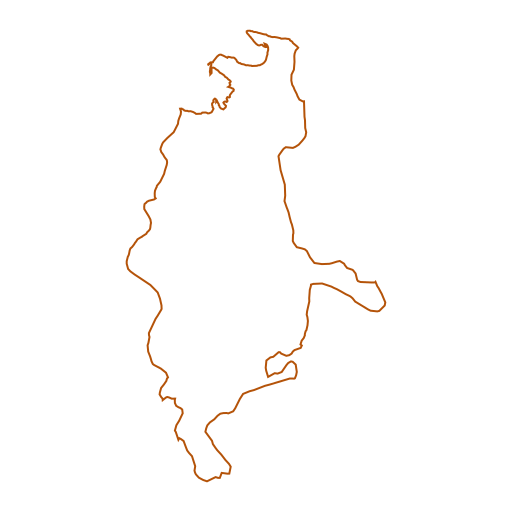 Abshaway, Al Fayyum, Egypt
{"feature_id": "37247803B9213477235230", "entity_name": "Abshaway", "entity_type": "district", "adm_level": 2, "iso_a3": "EGY", "parent_name": "Egypt", "parent_adm1": "Al Fayyum", "projection": "equal_earth", "projection_center": [30.701, 29.374], "detail": "fine", "context": "isolated", "style": "outline", "palette": "amber", "viewbox_px": 512, "rotation_deg": 0, "n_neighbors": 0, "source": "geoboundaries", "source_scale": "gbopen_adm2", "svg_char_len": 5958}
<svg xmlns="http://www.w3.org/2000/svg" viewBox="0 0 512 512"><path d="M298.2,47.7L296.9,46.3L293.0,43.1L292.2,41.7L290.0,40.3L289.6,39.3L288.3,38.9L287.5,38.9L285.4,38.5L281.2,38.7L280.4,38.2L277.0,37.4L274.5,37.0L272.4,37.1L270.7,36.7L269.8,36.2L269.0,36.3L267.3,35.4L266.0,34.4L265.2,34.5L263.1,34.1L260.1,33.2L258.0,32.8L257.2,32.4L255.5,32.0L254.2,32.0L253.0,31.6L252.1,31.1L250.9,31.2L250.0,30.7L247.5,30.8L246.7,31.3L246.7,32.3L247.2,33.3L249.3,35.6L249.8,36.5L250.6,37.0L251.1,37.9L252.8,39.8L253.7,41.2L256.3,44.0L257.1,44.5L257.6,45.0L258.8,45.4L259.7,45.4L260.9,44.8L262.2,44.8L263.5,46.2L264.3,46.6L265.6,47.1L266.4,47.0L266.0,45.6L265.1,45.2L264.6,43.7L265.9,44.2L266.7,44.6L267.6,46.0L268.1,47.5L268.2,49.9L267.4,52.8L267.5,54.3L266.7,56.7L266.0,59.7L265.2,61.2L264.0,62.7L262.7,63.7L261.9,64.2L260.7,64.7L259.9,65.2L258.2,65.3L256.9,65.8L251.9,66.0L251.1,65.6L249.8,65.6L247.7,65.2L246.1,65.3L243.9,64.4L241.4,64.0L240.1,63.1L239.3,63.2L238.4,62.7L238.0,62.2L237.2,61.8L236.3,59.9L234.5,58.0L233.7,57.6L231.6,57.6L230.3,57.2L228.2,56.8L227.4,57.8L223.2,55.6L221.9,55.1L221.1,54.7L219.8,54.7L218.6,55.2L218.2,55.7L217.3,56.3L213.3,61.3L212.9,62.3L210.4,62.4L209.5,63.3L208.4,63.9L208.0,65.4L208.8,64.4L209.7,63.5L210.9,63.3L211.3,63.8L211.3,65.2L210.6,66.7L210.2,68.7L210.2,69.6L209.9,71.1L209.9,72.1L210.3,73.5L210.3,74.4L211.6,73.0L211.5,69.1L211.8,67.6L213.1,67.6L214.4,68.0L215.6,68.9L216.1,69.4L217.8,70.3L219.9,72.7L221.6,73.6L224.2,75.4L225.1,76.8L226.8,77.7L228.5,79.6L229.4,80.0L230.7,81.4L230.3,82.4L229.5,82.9L229.9,84.4L230.3,84.9L229.1,86.4L228.3,86.9L230.9,87.7L231.7,88.2L233.0,88.6L233.8,89.6L233.5,91.0L232.6,91.5L230.2,94.6L229.8,95.4L229.9,97.0L229.1,97.5L227.4,97.1L227.0,97.6L226.6,98.6L227.0,99.5L227.5,101.0L226.7,102.0L225.4,101.5L224.6,101.6L223.8,102.1L223.4,102.6L223.8,103.5L226.0,105.9L225.6,107.4L224.4,108.4L223.4,109.4L221.0,108.5L219.7,107.1L219.3,105.7L218.8,105.2L218.8,104.2L217.9,102.8L217.0,100.9L216.2,101.9L216.2,100.5L215.7,99.0L214.9,98.6L213.7,99.6L213.3,100.6L213.7,102.0L212.9,102.5L212.1,103.5L212.1,105.0L212.6,106.4L212.6,107.4L213.1,107.9L213.5,108.8L211.9,111.8L211.5,112.3L209.1,113.3L207.8,113.4L207.0,112.9L205.7,112.5L202.3,112.6L201.1,113.7L196.1,113.9L194.8,112.9L193.1,112.0L190.6,111.2L188.5,111.3L187.2,110.8L186.0,110.9L184.3,110.5L183.4,109.5L182.2,109.1L181.7,108.6L180.1,108.7L181.0,111.6L180.7,114.5L179.1,118.4L178.3,120.9L178.0,123.8L173.7,132.2L167.2,138.1L163.1,142.4L162.3,143.8L160.8,147.8L160.4,149.3L161.3,152.1L163.1,154.5L164.4,156.9L165.7,158.7L166.6,159.7L167.0,161.1L167.1,162.6L166.7,165.0L164.8,170.9L164.1,173.9L160.2,181.8L156.9,185.8L156.6,187.3L156.2,187.8L155.0,190.7L154.7,193.2L154.8,197.0L155.7,198.4L154.0,199.5L149.0,200.7L147.0,201.7L146.2,202.7L144.9,203.7L144.5,204.2L144.2,206.7L144.3,209.1L148.7,216.2L150.4,219.5L151.0,222.9L150.6,224.9L150.3,227.8L149.9,229.3L148.7,230.8L147.1,232.3L146.3,233.8L142.2,236.4L141.8,236.9L140.6,237.4L137.5,239.3L136.1,241.5L134.9,243.0L134.1,244.4L132.1,247.0L130.4,248.5L129.7,250.4L129.0,254.0L128.6,255.3L127.8,256.8L126.7,261.2L126.7,263.7L128.1,268.9L130.3,271.3L134.6,274.5L138.9,277.3L150.4,285.0L155.5,290.2L157.7,292.5L160.0,298.7L161.5,305.5L161.6,308.9L161.2,309.8L157.6,315.8L155.6,318.8L148.9,333.1L149.0,335.1L149.5,337.0L148.4,342.9L147.6,345.3L148.2,351.6L150.1,356.4L151.0,359.3L151.5,361.2L152.8,364.0L154.1,365.0L160.9,368.6L166.0,372.7L168.0,377.4L167.0,378.5L166.3,381.0L163.9,384.5L161.1,388.0L159.9,392.4L159.6,394.4L161.3,397.2L162.6,398.6L162.7,400.1L166.0,397.5L167.2,397.0L168.9,397.4L171.8,398.7L175.1,398.6L174.8,400.0L174.9,403.0L176.2,405.8L178.4,407.2L180.5,408.1L182.2,409.5L182.7,413.3L179.2,420.7L176.4,425.2L174.9,430.6L175.8,432.0L178.4,439.8L179.3,438.2L181.0,439.1L183.6,441.0L185.9,447.2L187.2,450.5L189.0,452.9L192.0,456.2L195.2,466.2L194.5,470.6L195.0,472.5L195.9,474.4L198.9,477.7L203.2,480.0L207.0,481.3L215.6,477.1L218.1,477.9L219.8,477.9L221.7,472.9L227.6,473.7L229.3,473.6L230.7,466.7L229.0,463.9L225.5,460.1L221.2,454.5L217.3,450.3L215.5,447.9L212.9,444.1L212.0,440.8L205.4,431.8L206.2,428.4L207.3,425.4L209.9,422.4L214.3,419.3L217.5,415.8L220.3,413.7L223.3,413.1L226.6,413.0L228.3,413.4L233.2,411.3L235.2,408.3L239.9,398.9L243.1,393.9L249.7,391.2L253.9,390.1L265.0,385.8L269.6,384.6L289.9,378.5L294.3,378.6L294.9,378.3L296.1,375.3L296.8,371.9L295.7,364.6L292.7,361.8L291.0,361.4L288.2,363.0L286.5,365.0L281.7,372.0L277.6,373.6L274.7,373.2L268.1,376.9L266.2,370.7L265.7,367.8L266.4,360.5L270.4,357.4L273.3,356.8L278.6,352.2L279.9,352.2L281.2,353.6L286.3,355.8L289.2,355.2L291.6,353.6L292.8,351.6L294.5,350.1L300.7,347.9L301.8,345.5L300.5,344.5L301.7,340.6L303.7,338.1L304.9,335.2L304.8,334.2L305.6,331.2L306.4,330.2L307.5,325.3L307.9,321.0L307.4,317.1L306.7,314.7L307.1,311.3L309.3,301.5L309.2,298.1L309.8,289.8L310.9,285.9L311.0,284.6L313.3,283.9L322.1,283.5L331.4,286.6L333.9,287.9L336.9,289.2L341.1,291.5L345.8,294.2L348.8,295.6L350.5,296.5L352.6,298.3L355.2,301.6L368.0,309.4L370.6,310.7L377.3,311.4L379.3,310.9L384.7,305.5L385.3,302.4L381.7,293.8L380.9,292.4L378.6,288.1L377.3,286.2L375.5,281.9L375.1,282.4L372.2,282.5L360.5,282.0L358.0,281.1L357.1,279.7L355.6,273.5L353.0,270.2L352.2,269.7L347.1,268.0L344.9,265.2L344.1,263.7L339.8,261.0L336.9,261.6L331.9,263.2L329.4,263.8L321.9,264.1L314.4,263.0L310.0,257.3L306.9,251.1L304.8,249.3L301.8,248.4L296.8,247.2L293.7,242.9L292.8,241.0L293.0,234.7L293.4,233.2L293.3,230.3L291.9,224.5L291.0,222.2L289.6,216.9L288.6,212.5L287.2,208.7L286.8,207.8L284.5,201.1L285.2,195.7L284.8,184.6L280.6,170.2L278.5,156.2L279.3,154.7L282.5,150.2L283.7,148.7L285.8,147.2L292.9,147.9L295.4,146.8L298.7,144.7L302.3,140.7L304.3,138.2L305.5,136.2L306.2,132.3L305.2,128.0L305.0,120.2L304.5,116.8L304.0,101.3L302.8,101.4L299.4,99.6L297.6,96.3L296.7,93.9L294.5,89.6L293.6,87.2L292.2,84.8L291.3,80.5L291.5,74.7L293.9,69.7L294.5,61.9L294.3,56.1L294.6,53.7L295.8,50.3L297.4,48.7L298.2,47.7Z" fill="none" stroke="#b45309" stroke-width="2"/></svg>